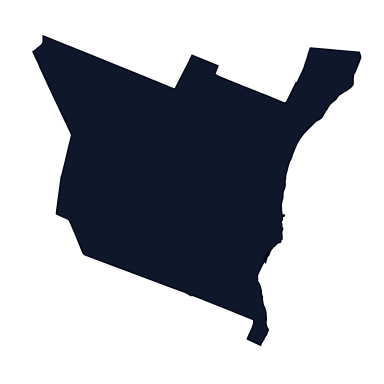 the district of Costinesti, Constanta, Romania, rotated 2°
{"feature_id": "2599482B66221023435885", "entity_name": "Costinesti", "entity_type": "district", "adm_level": 2, "iso_a3": "ROU", "parent_name": "Romania", "parent_adm1": "Constanta", "projection": "mercator", "projection_center": [28.629, 43.947], "detail": "fine", "context": "isolated", "style": "filled", "palette": "ink", "viewbox_px": 384, "rotation_deg": 2, "n_neighbors": 0, "source": "geoboundaries", "source_scale": "gbopen_adm2", "svg_char_len": 5502}
<svg xmlns="http://www.w3.org/2000/svg" viewBox="0 0 384 384"><g transform="rotate(2 192 192)"><path d="M354.3,46.6L352.9,46.5L346.9,46.2L331.5,45.4L325.2,45.0L305.3,44.0L305.2,44.2L303.6,49.6L303.1,51.7L303.1,52.1L302.7,53.5L302.4,54.6L301.7,57.0L300.9,59.2L300.9,59.5L300.7,60.1L299.9,63.4L299.6,64.2L298.7,66.6L293.1,79.6L292.2,79.2L290.8,82.4L289.7,84.8L287.4,90.0L285.8,93.6L284.5,96.5L283.5,98.7L282.9,99.9L282.4,99.6L282.2,100.1L282.1,100.3L261.7,92.6L261.4,92.6L255.6,90.5L249.6,88.4L245.0,86.7L240.0,85.0L236.2,83.6L235.5,83.3L233.9,82.7L233.7,82.7L230.4,81.5L229.5,81.1L223.9,79.1L220.2,77.7L216.9,76.5L214.5,75.6L213.2,75.1L213.1,74.8L211.9,74.3L210.9,74.0L210.4,73.8L210.5,73.5L213.5,65.0L193.6,57.7L187.3,55.4L183.7,63.8L183.2,64.7L180.7,70.0L174.6,83.1L174.5,83.3L171.4,90.0L166.5,88.3L164.0,87.4L163.3,87.1L162.0,86.6L160.1,85.9L157.8,85.1L156.6,84.6L155.8,84.3L155.2,84.1L153.0,83.3L151.3,82.6L150.7,82.4L149.2,81.9L148.0,81.5L146.6,80.9L145.8,80.6L143.6,79.8L142.3,79.3L141.2,78.9L140.2,78.5L139.0,78.1L137.9,77.7L136.2,77.1L135.1,76.7L134.6,76.5L134.0,76.3L133.8,76.2L132.3,75.6L129.1,74.5L128.9,74.4L123.2,72.3L118.7,70.7L113.5,68.8L91.3,60.7L91.1,60.6L65.5,51.3L56.8,48.2L52.2,46.5L51.3,46.2L38.5,41.5L37.8,41.3L37.8,42.2L38.1,46.6L37.7,48.7L36.4,50.5L34.3,52.3L31.8,54.5L29.2,56.8L28.7,57.2L28.2,57.4L34.3,69.1L35.1,70.6L35.0,71.0L45.4,91.6L61.7,123.3L67.3,134.1L68.0,135.3L69.8,139.2L69.7,139.8L69.4,141.1L67.0,152.7L64.5,165.3L62.7,173.9L61.4,180.1L60.9,181.1L58.7,202.8L57.6,214.4L57.3,218.6L68.6,223.2L70.0,224.0L71.4,226.5L75.8,235.7L79.7,244.4L83.0,251.8L84.8,255.6L85.4,257.0L86.2,257.8L87.1,258.5L94.7,261.0L100.0,262.8L108.0,265.5L114.8,267.8L123.8,270.8L129.5,272.7L135.7,274.8L139.9,276.2L145.8,278.2L157.6,282.1L173.2,287.4L177.8,288.9L183.0,290.6L188.1,292.3L189.7,292.9L190.4,293.2L194.3,295.5L194.4,295.4L196.4,295.3L199.4,296.2L211.3,300.5L220.5,303.8L223.9,305.0L224.1,305.1L228.4,306.6L236.4,309.5L241.9,311.6L243.2,312.0L257.1,317.1L258.3,317.8L258.3,320.5L258.1,322.0L257.1,325.3L255.7,328.8L252.8,335.7L252.5,336.4L252.4,337.0L265.8,342.7L265.8,342.4L266.3,341.4L267.1,339.7L268.0,338.1L268.7,336.8L269.3,335.5L270.0,334.1L270.5,333.0L270.6,332.9L271.3,332.4L271.5,331.5L271.7,330.7L271.9,330.2L272.1,329.5L272.6,328.4L272.9,327.5L273.0,326.9L272.8,326.4L272.3,325.7L271.5,324.6L271.1,323.3L270.6,321.5L270.4,320.3L270.4,319.1L270.5,318.7L270.6,316.8L270.5,314.4L270.2,312.2L270.1,310.3L269.7,308.7L269.1,306.8L268.6,305.0L267.9,303.9L267.8,303.7L267.2,302.4L266.8,301.0L266.5,299.4L266.4,299.0L266.3,298.6L266.2,298.1L265.9,296.3L266.0,295.2L266.0,294.4L265.3,292.9L264.9,291.4L264.8,290.1L264.7,288.8L264.2,286.8L264.0,286.0L263.5,284.5L262.8,282.7L262.7,282.4L262.1,281.3L260.9,279.6L260.5,277.6L260.5,276.3L260.4,275.9L260.2,273.8L260.5,272.1L261.2,270.7L261.9,268.9L263.0,266.2L263.9,264.2L264.5,262.9L265.1,261.6L265.5,260.9L266.1,259.5L266.2,258.8L266.2,258.6L266.7,257.5L266.8,256.6L267.0,255.2L267.2,254.2L267.6,253.0L268.1,252.0L268.9,251.2L269.3,250.6L269.7,250.1L269.8,249.5L270.0,248.6L270.2,248.1L270.4,247.2L270.5,247.1L271.0,247.0L271.1,247.7L271.1,248.6L270.9,248.7L270.7,248.8L270.5,249.0L270.5,249.5L270.5,250.2L270.4,250.3L270.1,250.3L269.9,250.4L269.9,250.6L269.9,250.9L269.9,251.7L269.8,251.8L269.5,251.9L269.4,252.1L269.4,252.5L268.9,252.8L268.8,253.0L268.8,253.5L268.9,254.7L268.8,254.9L268.5,254.9L268.2,255.1L268.2,255.3L268.3,256.0L268.2,256.3L267.8,256.4L267.6,256.5L267.6,257.1L267.6,258.5L267.7,259.9L267.9,260.0L268.0,259.3L268.4,258.0L268.6,257.2L268.7,256.3L269.0,255.3L269.5,254.0L270.1,253.3L270.8,252.6L271.2,251.4L271.7,250.0L271.9,249.1L272.9,247.1L273.8,245.8L275.2,244.1L276.6,242.9L277.2,242.2L278.1,241.1L279.0,240.3L280.0,239.7L281.5,239.3L282.1,239.1L282.2,238.9L282.3,238.8L282.3,238.2L282.5,237.0L283.0,236.3L283.6,235.8L283.6,235.1L283.5,234.0L283.4,232.4L283.1,230.8L283.0,229.2L283.0,228.2L283.2,227.5L283.6,226.9L283.8,226.2L283.8,225.5L283.7,224.9L283.5,224.4L283.1,224.0L282.8,223.8L282.7,223.4L282.7,222.7L282.4,222.5L282.6,222.3L282.7,222.0L282.9,221.8L282.9,221.1L282.5,220.3L282.2,219.4L282.1,218.5L282.4,218.0L282.9,217.1L283.1,216.1L283.1,214.9L283.2,213.8L283.5,213.1L284.5,212.9L285.0,212.8L285.1,212.5L285.1,212.0L284.7,211.7L284.0,211.9L283.4,212.0L283.2,211.7L282.5,211.4L282.4,211.1L282.3,209.7L282.4,208.9L282.3,208.3L282.0,208.1L281.7,208.0L281.6,207.2L281.8,206.9L282.0,206.2L281.6,203.5L281.6,201.0L282.2,197.5L282.8,195.5L283.0,192.8L282.9,191.2L282.9,189.5L283.6,187.0L284.2,185.2L284.4,184.8L284.7,182.9L284.9,180.9L284.8,180.5L284.6,180.3L284.5,180.0L284.6,178.1L285.0,174.3L285.0,173.7L284.9,173.5L284.7,173.3L284.6,173.2L284.8,172.9L285.6,169.3L286.4,166.1L286.9,163.4L287.0,162.9L287.2,162.1L288.1,158.8L290.0,154.6L290.1,154.3L291.0,150.9L291.4,149.8L293.4,144.3L295.3,139.6L297.4,135.6L299.7,132.2L301.5,129.6L301.8,129.3L304.6,126.2L313.3,116.8L314.9,116.0L316.5,115.1L317.5,114.3L317.9,114.1L318.5,113.6L319.6,112.1L321.3,108.8L322.6,106.2L323.4,105.2L324.0,104.3L325.0,102.2L325.3,101.8L326.8,99.4L328.8,97.4L331.3,95.5L332.7,94.0L333.7,92.3L334.0,91.8L334.6,91.0L335.4,89.9L336.1,89.6L338.2,88.1L340.3,86.5L340.7,86.1L342.1,85.6L342.8,85.1L343.9,84.3L344.6,83.8L346.3,82.3L347.5,81.2L348.4,80.0L349.2,78.9L349.2,77.9L349.0,74.3L349.0,73.1L349.0,72.4L349.3,69.5L349.8,67.9L350.7,66.4L351.1,65.2L352.4,61.9L352.6,61.3L354.0,57.4L354.7,55.3L355.5,52.9L355.8,51.9L355.8,51.6L355.6,50.2L355.2,48.8L354.5,47.6L354.3,46.6Z" fill="#0f172a" stroke="#020617" stroke-width="1.5"/></g></svg>